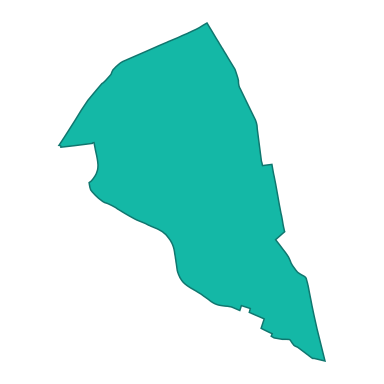 Madinat Nasr-2, Al Qahirah, Egypt (Natural Earth projection)
{"feature_id": "37247803B60267904610722", "entity_name": "Madinat Nasr-2", "entity_type": "district", "adm_level": 2, "iso_a3": "EGY", "parent_name": "Egypt", "parent_adm1": "Al Qahirah", "projection": "natural_earth1", "projection_center": [31.315, 30.048], "detail": "fine", "context": "isolated", "style": "filled", "palette": "teal", "viewbox_px": 384, "rotation_deg": 0, "n_neighbors": 0, "source": "geoboundaries", "source_scale": "gbopen_adm2", "svg_char_len": 5910}
<svg xmlns="http://www.w3.org/2000/svg" viewBox="0 0 384 384"><path d="M325.0,361.0L317.0,328.8L313.9,314.9L313.0,310.6L311.9,305.3L311.0,300.6L309.6,293.6L308.6,288.3L308.5,287.7L308.2,286.4L308.1,285.8L308.0,285.2L307.8,284.7L307.7,284.2L307.6,283.6L307.3,282.5L306.7,280.3L306.4,279.2L306.3,278.8L306.2,278.6L306.2,278.4L306.0,278.1L305.9,277.9L305.7,277.7L305.6,277.4L305.4,277.2L305.1,277.0L304.9,276.8L304.4,276.4L304.0,276.2L303.7,276.0L303.4,275.8L303.1,275.7L302.8,275.5L302.6,275.4L302.3,275.2L301.6,274.9L301.3,274.7L301.0,274.5L300.5,274.2L300.0,273.9L299.5,273.6L299.1,273.3L298.8,273.1L298.5,272.9L298.2,272.7L297.9,272.5L297.6,272.2L297.2,271.8L296.9,271.5L296.7,271.2L296.5,270.9L296.2,270.6L296.0,270.3L295.7,270.0L295.4,269.6L295.1,269.1L294.8,268.7L294.5,268.3L293.1,266.4L292.8,266.0L292.4,265.3L292.1,264.9L291.8,264.3L291.2,263.3L290.9,262.6L290.1,260.5L289.2,258.5L288.5,257.0L287.9,256.1L287.3,255.2L287.0,254.7L286.7,254.4L286.5,254.0L286.2,253.6L285.2,252.2L284.1,250.8L283.0,249.4L281.9,247.9L279.1,244.2L275.6,239.7L282.5,233.6L284.7,231.7L284.5,231.2L284.4,230.8L284.3,230.5L284.2,230.1L284.1,229.7L284.1,229.3L284.0,228.8L283.8,228.3L283.7,227.5L283.5,226.8L283.4,226.0L283.2,225.3L282.4,220.4L281.5,215.5L281.2,214.3L280.9,213.0L280.2,209.2L279.4,205.1L277.8,196.0L275.7,184.3L274.1,176.2L273.7,174.5L273.1,171.3L271.9,164.4L262.5,165.6L262.4,165.2L262.3,164.8L262.3,164.4L262.2,164.0L262.1,163.6L262.0,163.2L261.9,162.8L261.8,162.4L261.7,162.0L261.5,161.6L261.4,161.1L257.3,129.3L257.2,128.3L257.1,126.9L257.0,125.5L256.9,125.2L256.8,124.8L256.8,124.4L256.7,124.1L256.6,123.7L256.5,123.4L256.4,123.0L256.3,122.4L256.1,122.0L256.0,121.6L255.8,121.1L255.7,120.7L255.5,120.3L255.4,119.9L255.2,119.5L255.0,119.1L254.7,118.5L248.2,105.2L240.4,89.1L240.2,88.7L240.0,88.3L239.8,88.0L239.6,87.6L239.4,87.2L239.3,86.7L239.1,86.3L239.0,85.9L238.9,85.6L238.9,85.2L238.8,84.8L238.7,84.4L238.6,83.9L238.6,83.7L238.4,81.4L238.5,81.1L238.5,80.8L238.4,80.5L238.3,80.2L238.2,79.5L238.1,79.1L238.0,78.7L237.9,78.3L237.8,77.9L237.7,77.6L237.3,76.3L236.9,75.0L236.5,73.8L236.1,72.6L235.7,71.4L235.3,70.2L235.1,69.7L234.9,69.2L234.6,68.7L234.4,68.4L234.2,68.0L234.0,67.7L232.6,65.4L231.2,63.1L229.8,60.8L228.1,58.0L226.7,55.6L225.6,53.7L225.4,53.5L224.7,52.3L224.0,51.2L223.3,50.0L222.7,48.9L222.0,47.9L221.3,46.8L220.7,45.7L219.6,44.0L218.6,42.2L217.2,40.0L215.8,37.7L212.9,32.8L210.8,29.3L208.9,26.2L207.0,23.0L206.3,23.4L204.9,24.2L202.7,25.5L199.4,27.6L196.0,29.4L192.0,31.2L190.0,32.2L188.6,32.8L187.7,33.3L186.3,33.9L184.8,34.5L182.0,35.7L180.8,36.3L179.5,36.9L178.2,37.5L176.8,38.1L175.1,38.8L173.4,39.5L169.8,41.0L168.3,41.6L166.9,42.3L164.0,43.5L157.7,46.2L157.3,46.4L146.0,51.4L133.8,56.7L122.8,61.5L121.6,62.2L120.5,62.9L118.5,64.5L115.8,66.9L114.3,68.5L113.0,69.8L112.4,71.0L111.9,72.0L111.7,72.6L111.4,73.4L111.0,74.4L109.8,75.8L105.6,80.5L103.3,82.7L101.9,83.6L93.6,93.4L87.9,100.3L81.4,110.0L74.9,120.6L67.0,133.0L64.2,137.4L59.0,145.3L59.4,145.3L60.9,146.2L60.9,147.2L74.2,145.7L92.4,143.4L92.8,142.8L94.0,142.6L94.4,144.6L95.1,148.2L95.5,150.4L96.7,155.8L97.3,159.1L97.7,161.7L98.0,165.0L97.9,167.5L97.6,169.6L97.2,171.0L96.2,173.9L94.9,176.2L93.1,178.8L91.2,181.1L89.1,182.6L89.4,184.6L89.9,187.3L90.7,189.9L92.4,192.1L95.4,195.3L98.6,198.3L102.6,201.4L104.7,202.6L107.3,203.4L109.3,204.3L111.8,205.5L115.7,207.6L117.6,209.0L124.7,213.3L129.9,216.3L135.0,219.1L135.9,219.5L136.8,220.0L141.0,221.7L145.4,223.5L148.4,225.1L149.9,225.7L151.1,226.3L152.6,226.9L154.0,227.5L155.5,228.1L157.0,228.7L157.3,228.9L157.8,229.1L158.0,229.2L158.6,229.5L159.1,229.8L160.0,230.3L160.8,230.8L161.3,231.0L161.6,231.2L161.9,231.4L162.2,231.6L162.5,231.8L162.8,232.0L163.1,232.3L163.3,232.5L163.5,232.6L164.0,233.1L164.5,233.5L165.1,234.0L165.7,234.2L165.8,234.6L166.0,234.8L166.2,235.0L166.4,235.2L166.5,235.4L166.7,235.6L167.0,236.0L167.4,236.4L167.8,237.0L168.2,237.5L168.7,238.1L169.0,238.5L169.2,238.8L169.6,239.4L169.9,239.7L170.1,240.0L170.3,240.3L170.5,240.7L170.8,241.2L171.1,241.6L171.3,242.2L171.6,242.6L172.0,243.4L172.2,243.9L172.4,244.3L172.7,245.0L172.8,245.4L173.0,245.7L173.1,246.1L173.3,246.8L173.5,247.2L173.6,247.7L173.7,248.1L173.9,248.8L174.0,249.2L174.1,249.7L174.2,250.2L174.5,251.8L174.7,253.5L175.0,255.1L175.3,256.8L175.5,258.5L175.8,260.2L176.0,261.9L176.3,263.6L176.5,265.1L176.7,266.5L176.9,268.0L177.1,269.4L177.2,269.8L177.2,270.1L177.3,270.4L177.3,270.7L177.4,271.0L177.5,271.3L177.6,271.5L177.6,271.8L177.9,272.7L178.1,273.2L178.3,273.7L178.4,274.1L178.8,275.1L179.1,275.6L179.3,276.2L179.6,276.7L179.7,277.1L179.9,277.5L180.1,277.8L180.3,278.2L180.8,279.0L181.1,279.4L181.4,279.9L181.7,280.4L182.0,280.8L182.3,281.1L182.6,281.5L183.0,282.0L183.3,282.4L183.6,282.7L183.9,282.9L184.1,283.1L184.3,283.3L184.5,283.5L185.4,284.3L186.1,284.8L186.7,285.3L187.4,285.8L188.7,286.7L189.4,287.1L190.1,287.6L191.4,288.4L192.7,289.1L194.0,289.9L195.3,290.6L198.2,292.4L201.2,294.2L202.0,294.8L204.5,296.7L205.2,297.1L205.9,297.6L206.5,298.1L207.2,298.5L207.8,299.0L208.4,299.4L208.9,299.8L209.7,300.5L210.6,301.1L211.0,301.5L211.4,301.8L211.9,302.0L212.3,302.3L212.7,302.6L213.2,302.8L213.5,303.0L213.8,303.2L214.1,303.3L214.4,303.5L214.7,303.6L215.0,303.8L215.8,304.1L216.3,304.3L216.8,304.5L217.2,304.6L217.5,304.7L218.0,304.9L218.5,305.0L218.8,305.1L219.3,305.2L219.8,305.3L220.4,305.4L220.9,305.5L221.6,305.6L223.0,305.8L223.7,305.9L225.3,306.1L226.6,306.2L227.2,306.2L227.8,306.3L228.3,306.4L228.9,306.5L229.4,306.6L230.2,306.7L231.3,306.9L231.5,307.0L231.8,307.1L232.0,307.2L232.3,307.3L232.5,307.4L232.8,307.5L239.8,310.5L241.4,305.6L250.3,308.5L249.3,312.4L264.2,318.9L261.1,328.3L263.6,329.6L268.7,332.1L272.2,333.7L271.2,336.2L274.1,337.9L282.2,339.3L285.7,339.3L288.2,339.4L289.3,339.5L290.2,340.0L292.0,342.8L293.9,345.3L295.1,346.1L297.6,347.2L311.9,358.0L312.9,358.5L313.8,358.4L314.5,358.5L325.0,361.0Z" fill="#14b8a6" stroke="#0f766e" stroke-width="1.5"/></svg>